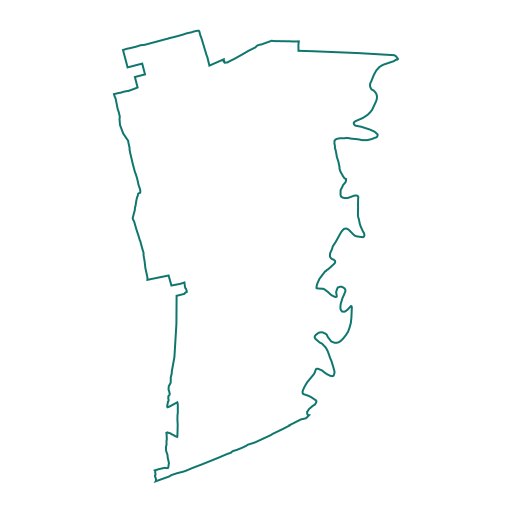 the district of Lunca Banului, Vaslui, Romania
{"feature_id": "2599482B76490763742626", "entity_name": "Lunca Banului", "entity_type": "district", "adm_level": 2, "iso_a3": "ROU", "parent_name": "Romania", "parent_adm1": "Vaslui", "projection": "albers", "projection_center": [28.188, 46.546], "detail": "fine", "context": "isolated", "style": "outline", "palette": "teal", "viewbox_px": 512, "rotation_deg": 0, "n_neighbors": 0, "source": "geoboundaries", "source_scale": "gbopen_adm2", "svg_char_len": 6023}
<svg xmlns="http://www.w3.org/2000/svg" viewBox="0 0 512 512"><path d="M309.1,415.2L308.2,415.0L307.6,414.6L307.2,413.8L307.1,411.9L307.5,411.5L308.6,409.6L309.3,408.8L312.6,406.0L315.1,404.4L316.3,402.1L316.4,401.3L316.1,400.5L311.1,397.1L308.5,395.8L303.7,394.2L303.0,393.8L302.6,393.1L302.6,391.4L302.8,390.6L304.1,387.6L305.7,384.7L307.4,382.0L313.6,374.5L314.5,373.1L315.9,369.3L316.5,368.8L318.2,368.8L322.1,370.5L324.6,372.6L327.2,374.3L330.2,375.8L331.8,376.1L332.6,376.1L333.2,375.9L333.7,375.4L334.5,372.8L334.5,371.7L333.4,367.4L331.4,360.9L330.1,358.0L328.7,353.8L327.4,350.5L325.8,347.6L322.1,343.7L320.6,343.0L319.3,342.2L315.4,338.8L315.1,338.4L314.7,337.5L314.7,336.7L315.0,335.9L316.0,334.7L318.6,332.8L320.6,332.3L322.0,332.3L322.9,332.5L325.3,333.6L326.7,334.6L327.8,337.0L331.1,341.3L332.8,342.1L334.8,342.8L336.7,342.8L338.9,342.2L341.1,340.6L343.2,338.5L345.9,335.1L348.0,331.8L349.4,328.0L350.8,323.1L351.4,317.8L351.8,308.3L351.8,307.0L351.4,306.2L351.0,306.0L347.7,309.5L345.4,311.3L344.5,311.7L343.4,311.7L342.0,311.5L341.0,310.1L340.6,309.2L340.4,308.2L340.5,305.3L340.9,303.3L342.6,297.7L343.9,295.0L345.4,291.2L345.4,290.2L345.2,289.5L344.6,288.5L343.1,287.4L341.3,286.7L340.2,286.7L337.8,287.5L337.1,289.0L336.1,292.1L336.7,295.6L336.7,296.6L336.5,296.8L335.7,297.0L334.7,296.8L332.0,295.5L330.4,294.3L328.3,292.3L325.1,289.8L323.4,288.8L318.2,288.5L316.6,288.2L316.5,287.2L316.8,285.4L317.2,283.9L319.4,278.9L325.0,271.5L326.2,270.8L326.5,270.2L328.1,269.3L330.5,267.2L334.3,263.7L335.0,262.7L335.2,261.7L335.0,260.9L333.6,259.6L331.9,259.0L331.2,258.4L330.1,257.0L329.9,256.0L330.1,253.3L332.1,248.9L332.8,246.3L335.6,242.1L340.7,232.9L341.7,231.4L343.4,229.4L344.3,228.8L345.5,228.6L346.5,228.6L347.7,229.1L348.9,229.9L353.8,234.9L355.4,236.0L356.2,236.2L358.8,236.7L363.2,237.2L363.7,236.8L364.1,236.2L364.4,235.5L364.3,234.5L364.1,233.3L363.0,231.5L360.8,226.8L359.7,223.5L358.9,219.3L358.1,216.9L357.9,214.6L358.1,207.6L358.0,206.0L358.1,199.1L358.3,197.3L358.1,196.4L357.3,195.8L356.7,195.5L354.7,195.5L347.7,198.0L344.5,198.1L342.5,197.5L341.2,196.7L340.5,194.9L340.6,190.5L340.8,189.6L342.1,187.3L343.1,185.0L345.4,182.4L345.7,181.6L346.0,180.5L346.1,179.0L344.6,178.4L343.7,177.2L342.8,175.9L342.2,174.6L341.3,173.2L340.1,170.8L339.9,170.0L339.5,168.6L339.5,166.9L338.7,163.4L338.7,162.7L336.7,156.4L336.6,155.1L335.5,149.6L335.0,148.5L334.9,147.6L335.0,146.6L334.4,143.2L334.5,140.9L335.0,140.1L336.1,139.2L337.5,138.7L340.3,138.2L344.6,138.3L345.9,137.9L349.0,138.1L349.7,138.4L351.9,138.7L357.2,139.2L359.9,139.6L361.8,140.1L367.3,140.1L371.3,139.2L374.6,137.9L376.3,137.4L377.2,136.6L377.7,135.0L377.4,134.2L375.2,132.2L374.0,131.4L370.0,129.6L361.1,126.7L356.1,125.8L355.1,125.5L354.1,124.4L353.8,123.4L353.8,122.7L354.6,121.7L355.9,121.0L362.1,118.3L364.1,117.2L367.9,114.6L370.5,111.9L372.1,109.8L376.0,101.5L376.7,99.5L376.9,97.7L377.0,96.6L376.6,94.6L375.8,93.0L374.4,91.3L373.5,90.4L372.0,89.7L371.3,89.1L370.5,87.6L370.1,86.3L370.0,84.8L370.3,83.2L371.2,81.5L373.4,76.0L374.3,74.0L376.4,70.3L379.3,67.1L382.1,65.3L383.9,64.5L394.0,61.1L395.8,59.8L397.4,59.6L398.0,58.9L395.9,56.2L394.3,55.2L358.6,53.1L312.2,51.2L298.5,50.8L298.4,44.7L298.8,41.4L293.7,41.5L289.5,41.3L275.1,41.1L272.8,41.0L271.8,40.7L261.6,44.4L259.0,44.9L257.4,45.5L256.5,46.2L255.4,47.4L248.7,50.7L242.7,54.2L234.5,58.8L229.2,61.4L227.6,62.4L224.7,62.7L224.2,61.1L223.6,61.4L223.3,60.6L223.8,60.4L223.8,59.3L209.4,65.6L207.5,57.7L206.5,55.0L201.6,38.7L200.9,36.7L200.4,35.6L199.3,31.4L198.9,30.8L198.4,30.7L196.6,30.9L193.8,31.5L191.9,32.2L186.0,33.5L183.3,34.5L179.4,35.6L173.0,37.3L168.9,38.2L168.5,38.5L166.4,39.0L144.4,44.9L140.7,45.2L135.7,46.8L130.3,48.1L127.1,48.7L123.0,50.0L127.6,67.4L142.2,63.6L145.0,74.4L134.9,77.0L137.6,87.5L133.5,89.1L128.5,90.9L125.1,91.4L122.1,92.2L120.5,92.8L119.2,92.9L114.0,94.1L114.6,96.3L115.4,98.1L115.7,98.9L117.6,108.7L118.8,112.3L119.7,116.2L119.8,117.0L119.5,118.9L120.0,125.0L123.2,133.5L128.2,140.9L128.3,142.2L129.6,148.0L129.5,149.2L130.1,152.6L132.0,160.5L132.7,163.7L135.0,172.3L135.8,174.1L137.3,179.2L138.5,184.7L140.1,189.5L140.3,190.8L140.3,192.1L140.1,192.8L139.0,193.2L138.3,193.6L138.1,194.0L137.6,196.4L137.1,197.1L136.3,200.7L135.5,205.9L135.0,207.5L134.8,210.1L132.7,218.0L132.8,218.7L133.2,219.8L134.1,221.4L136.3,229.1L138.7,236.4L139.8,240.2L140.3,241.1L142.1,248.0L143.5,252.7L143.6,253.2L143.5,254.5L143.6,255.6L144.6,261.3L145.3,267.6L147.2,276.5L147.5,278.6L147.4,279.8L168.6,275.5L171.4,285.5L180.1,283.9L184.4,282.5L185.0,286.9L185.4,288.2L186.0,288.8L186.6,290.7L186.8,291.9L185.0,292.9L184.3,293.9L176.6,295.8L176.4,324.1L174.4,357.2L172.2,369.1L171.8,371.9L171.8,373.0L170.9,376.9L170.7,378.2L170.8,379.8L170.6,383.0L170.2,383.5L169.8,384.6L169.1,385.4L168.7,386.7L168.7,387.7L168.5,389.3L169.4,392.1L169.4,392.7L169.7,393.3L169.5,394.9L168.3,396.3L168.4,397.5L168.2,398.4L168.5,399.2L168.6,400.2L168.4,401.3L167.9,401.8L167.8,402.4L167.8,403.0L167.3,405.2L167.3,406.1L167.2,406.5L167.4,407.1L167.6,407.3L169.4,406.6L177.3,402.3L177.5,402.8L177.8,404.8L177.8,411.0L177.8,412.9L177.5,415.3L177.4,419.8L177.7,424.6L177.5,433.1L177.3,436.9L177.2,437.0L176.8,436.7L174.7,435.9L173.1,434.8L171.9,434.4L171.1,433.9L170.9,433.6L169.9,433.2L168.9,433.0L167.5,432.4L166.4,432.8L166.6,434.1L166.8,439.4L166.5,441.0L166.5,445.0L166.0,446.6L166.0,449.6L166.2,451.3L167.2,453.9L167.5,455.1L167.7,457.6L168.9,462.9L168.9,463.6L168.7,464.3L168.4,466.9L167.9,468.0L166.1,468.1L164.9,467.8L159.0,469.1L154.8,470.4L155.3,471.0L155.2,472.4L155.5,474.3L155.5,474.8L154.9,475.8L155.1,476.8L155.6,477.6L155.7,478.4L156.0,479.2L155.9,480.9L155.7,481.3L169.1,476.5L171.6,475.0L177.1,473.2L183.5,471.6L186.3,470.6L192.4,468.0L201.9,464.4L218.5,457.7L226.4,454.3L230.6,452.8L231.1,452.6L231.7,451.9L232.8,451.1L237.1,449.8L242.5,447.6L246.4,445.7L247.8,444.7L253.9,442.8L255.5,442.2L270.8,435.1L272.6,433.9L283.2,428.8L289.4,425.6L289.3,425.3L299.7,420.0L301.5,419.2L303.1,419.0L306.1,418.2L309.1,415.2Z" fill="none" stroke="#0f766e" stroke-width="2"/></svg>